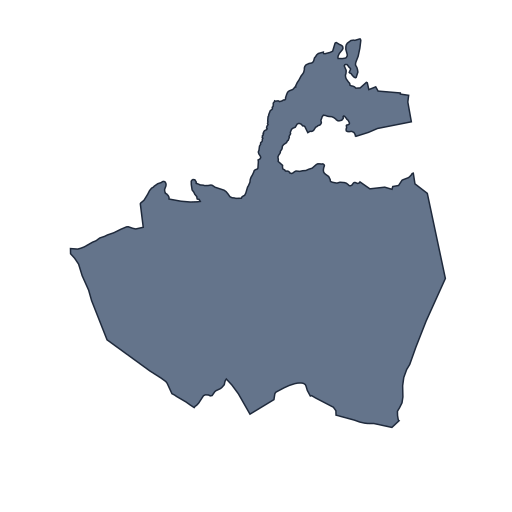 the district of Pantelhó, Chiapas, Mexico, rotated 79°
{"feature_id": "50627088B92508189730376", "entity_name": "Pantelhó", "entity_type": "district", "adm_level": 2, "iso_a3": "MEX", "parent_name": "Mexico", "parent_adm1": "Chiapas", "projection": "albers", "projection_center": [-92.505, 17.051], "detail": "fine", "context": "isolated", "style": "filled", "palette": "slate", "viewbox_px": 512, "rotation_deg": 79, "n_neighbors": 0, "source": "geoboundaries", "source_scale": "gbopen_adm2", "svg_char_len": 6056}
<svg xmlns="http://www.w3.org/2000/svg" viewBox="0 0 512 512"><g transform="rotate(79 256 256)"><path d="M445.0,147.0L444.6,147.4L443.5,147.6L439.6,147.5L435.4,146.8L432.4,144.1L428.0,140.7L422.4,138.7L411.3,136.8L403.4,134.1L396.1,129.7L391.8,125.8L375.9,116.4L352.3,101.4L314.2,74.4L227.2,75.9L215.5,86.2L204.7,85.8L204.8,86.8L205.4,87.6L206.1,88.1L207.7,90.4L208.2,91.5L209.2,97.2L209.5,98.2L214.0,102.6L213.9,108.5L216.5,109.8L213.0,116.5L211.8,131.4L203.1,139.8L203.9,140.5L204.2,142.1L204.1,142.7L202.9,144.3L202.6,145.5L202.9,146.3L204.8,148.5L205.1,149.9L204.7,151.1L203.4,152.0L201.8,153.4L200.8,155.2L199.6,159.5L199.9,162.6L199.7,163.2L198.2,166.9L197.3,168.3L196.7,168.7L195.1,168.6L191.8,169.5L189.1,172.1L187.9,173.0L186.6,173.6L184.5,173.5L182.3,172.7L180.4,171.6L179.3,171.8L178.3,172.8L178.3,173.9L177.6,176.2L177.3,177.9L177.7,179.3L180.5,184.1L180.9,187.7L181.6,190.7L181.2,194.0L181.3,196.9L180.2,200.5L180.6,202.0L181.7,204.3L181.8,205.4L180.9,207.0L180.2,207.1L179.1,208.0L178.5,209.3L178.5,210.3L178.2,210.8L177.6,211.3L177.1,211.3L175.8,212.9L175.5,213.1L173.5,213.0L172.1,212.6L167.4,216.2L165.8,215.7L162.9,215.6L161.2,214.4L160.0,213.1L159.1,212.4L158.1,212.2L157.1,211.4L156.8,210.9L155.7,210.0L153.2,209.1L151.9,207.6L150.6,204.5L148.9,203.1L148.6,202.3L146.0,200.7L144.9,200.7L142.6,198.7L141.5,198.8L140.6,198.4L138.4,196.9L137.6,195.4L137.1,192.9L134.4,190.5L134.0,189.0L134.3,187.8L135.2,186.5L137.2,185.3L137.4,184.3L138.2,183.4L144.8,181.6L143.9,179.2L144.3,177.8L144.2,176.8L143.7,175.5L141.0,172.9L140.5,171.3L139.9,170.4L139.6,168.2L138.8,167.2L137.7,166.4L135.1,166.4L133.1,165.1L132.2,164.7L130.6,163.0L131.5,160.6L132.2,159.6L132.9,158.0L133.7,155.1L134.2,154.3L135.2,153.0L136.9,151.5L137.6,151.2L139.0,149.7L139.2,148.4L139.1,145.9L138.8,145.5L138.3,145.2L138.3,144.9L137.6,144.1L135.8,143.9L135.5,143.6L135.3,143.1L135.8,142.4L138.6,140.8L139.0,140.8L140.3,139.7L143.0,138.9L143.8,139.0L144.5,139.7L144.8,141.0L144.8,142.1L145.1,142.4L147.5,142.6L148.5,143.3L149.6,143.5L150.4,143.5L150.8,143.1L151.4,142.2L151.8,140.5L151.8,138.8L152.1,138.0L153.5,136.2L156.4,135.3L157.0,135.6L157.6,135.1L156.1,122.0L154.0,112.4L153.9,77.9L133.8,77.6L127.4,75.5L124.6,83.4L123.5,83.2L117.4,104.7L112.8,106.2L114.2,113.5L107.2,113.7L106.6,114.5L110.9,121.7L110.3,126.0L108.8,127.0L107.7,128.6L107.2,130.0L106.2,131.2L104.4,131.1L102.8,132.1L99.2,133.7L97.5,133.9L95.4,133.7L94.3,133.0L92.1,132.3L90.8,132.1L86.2,133.1L85.2,132.3L85.1,131.5L85.5,130.0L88.3,128.7L90.0,127.5L90.8,127.6L93.6,129.5L94.4,128.9L95.1,127.8L96.6,127.2L98.8,125.9L100.0,124.5L99.8,123.6L94.9,120.9L92.3,120.8L90.2,121.0L87.6,121.9L85.6,121.4L84.3,120.7L79.4,117.6L71.8,114.4L64.4,112.0L63.3,112.1L62.8,112.3L62.7,112.8L63.2,117.8L62.7,119.1L62.6,121.7L64.5,125.7L66.1,127.2L67.9,127.9L70.3,128.4L75.6,128.0L77.0,128.3L78.4,129.5L78.8,130.4L78.7,133.6L77.8,137.7L76.6,137.7L75.3,137.2L73.0,135.5L70.1,132.0L69.0,131.1L67.5,130.9L66.5,131.1L65.2,132.3L64.2,133.8L61.8,136.4L61.9,137.3L62.2,137.8L69.6,141.7L70.3,144.5L70.6,149.6L70.2,151.0L69.3,151.2L68.7,151.0L69.1,156.2L70.2,158.1L71.0,158.9L71.5,159.2L72.7,160.8L75.4,162.1L76.3,162.9L76.9,163.7L77.2,164.9L77.1,167.1L77.9,170.4L79.2,171.9L80.7,172.7L82.1,172.9L84.7,174.1L85.8,175.0L87.9,177.4L91.4,180.2L93.6,182.4L96.6,184.6L97.7,184.8L97.6,185.7L99.0,187.2L99.6,188.4L100.2,191.7L100.7,192.9L101.4,193.8L103.1,195.0L106.3,196.8L107.5,197.0L108.0,197.5L108.3,198.1L108.1,199.2L108.8,201.2L108.9,203.6L108.2,204.1L107.9,204.8L107.7,207.5L107.3,208.1L107.9,208.3L109.0,209.7L109.9,210.1L110.7,210.1L112.6,210.8L113.1,211.7L114.6,211.8L115.2,212.4L116.0,214.2L119.4,216.4L121.0,217.0L121.6,217.6L125.9,218.8L126.2,218.6L127.1,218.8L127.9,219.4L129.4,219.1L130.1,220.0L131.6,221.0L132.5,221.2L133.0,220.8L133.9,221.3L134.6,223.6L135.1,224.3L136.5,225.3L137.1,225.2L137.5,225.8L138.1,225.6L138.7,225.9L139.2,226.8L140.1,226.9L140.6,227.3L141.7,226.8L142.5,227.5L144.3,227.9L145.2,228.8L145.4,229.5L146.0,230.0L147.2,230.1L148.8,231.6L153.0,233.0L153.7,233.6L154.5,233.9L156.4,233.7L158.5,232.8L159.9,232.5L160.9,233.0L161.7,234.0L162.1,235.6L163.9,235.7L170.0,237.3L170.8,238.0L171.3,240.5L172.0,241.6L173.2,242.2L175.7,244.0L177.7,245.8L179.7,247.0L182.5,247.9L185.8,250.2L186.7,251.1L192.3,254.0L194.3,255.6L194.8,257.4L195.3,258.5L196.5,259.3L195.6,264.7L194.8,266.4L194.3,268.3L192.8,270.3L189.6,271.7L187.1,273.1L185.3,274.8L180.6,283.2L179.2,284.5L178.1,285.7L177.7,287.0L177.7,289.5L177.1,293.0L176.4,294.3L175.6,297.2L173.9,299.6L173.4,300.8L173.0,300.9L172.1,300.5L169.5,301.5L168.9,303.2L169.2,304.2L170.2,305.3L173.6,305.9L179.0,306.1L181.6,304.8L183.7,304.3L186.4,302.8L188.0,302.9L188.9,302.8L189.6,301.0L191.8,300.3L191.6,303.4L190.5,310.1L187.9,319.2L183.5,330.5L181.8,330.2L180.5,330.5L179.5,330.9L179.2,331.3L178.2,331.7L177.2,333.0L176.7,332.9L176.0,333.2L174.4,333.2L173.2,333.0L170.1,331.1L168.9,330.7L167.7,330.6L166.1,331.0L165.3,332.0L165.1,332.7L165.2,333.8L165.8,334.8L166.3,338.7L168.1,342.7L168.8,343.5L169.5,345.6L171.5,348.0L174.8,350.6L179.9,355.3L182.0,359.1L182.7,359.6L206.3,361.2L206.5,368.9L205.3,371.7L202.9,375.8L202.7,377.6L204.0,383.7L206.1,391.4L207.0,397.9L207.8,400.7L208.5,405.9L210.6,410.4L211.2,413.7L214.3,422.9L214.9,426.2L215.2,429.7L213.3,436.7L218.4,437.6L223.5,434.5L230.1,431.7L242.2,430.4L257.6,426.8L268.4,425.9L309.9,418.2L348.7,382.0L357.7,372.5L362.0,368.5L364.0,367.5L375.1,364.8L376.9,362.5L378.6,360.9L385.9,352.6L389.7,349.0L393.0,345.6L391.8,344.3L391.3,342.9L389.5,340.4L383.1,334.2L382.6,332.1L383.4,329.1L384.6,327.6L384.6,325.7L381.3,322.3L380.6,321.0L379.4,316.3L378.6,314.7L376.3,311.7L373.6,310.6L372.3,309.8L371.1,308.6L378.0,304.3L387.9,299.6L410.1,292.1L400.4,265.8L394.6,263.7L393.4,262.3L390.7,253.5L389.4,248.0L388.7,242.3L388.7,239.3L389.2,236.1L389.8,234.3L390.5,233.2L391.7,232.1L393.5,231.7L397.7,231.3L403.8,229.4L403.7,228.0L406.8,224.5L419.2,208.9L423.1,207.1L427.5,207.8L435.9,190.7L438.7,186.0L440.7,181.5L441.7,178.4L442.9,172.3L450.2,155.3L445.0,147.0Z" fill="#64748b" stroke="#1e293b" stroke-width="1.5"/></g></svg>